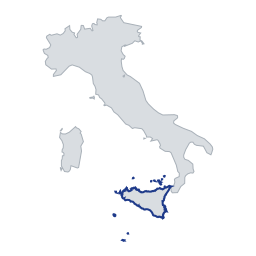 Sicilia, Enna, Italy (highlighted)
{"feature_id": "23120603B91569774900330", "entity_name": "Sicilia", "entity_type": "district", "adm_level": 2, "iso_a3": "ITA", "parent_name": "Italy", "parent_adm1": "Enna", "projection": "albers", "projection_center": [13.963, 37.152], "detail": "fine", "context": "in_parent", "style": "outline", "palette": "blue", "viewbox_px": 256, "rotation_deg": 0, "n_neighbors": 0, "source": "geoboundaries", "source_scale": "gbopen_adm2", "svg_char_len": 8944}
<svg xmlns="http://www.w3.org/2000/svg" viewBox="0 0 256 256"><path d="M49.8,34.3L51.2,35.3L57.0,33.8L60.3,35.1L63.2,33.5L65.2,30.8L65.0,28.7L69.6,25.6L69.9,29.5L72.2,32.2L74.6,33.0L74.0,34.5L76.2,37.8L77.2,37.6L77.6,37.0L77.1,34.3L80.8,29.3L81.1,25.7L81.7,25.3L83.4,25.6L84.6,29.1L90.2,28.3L92.1,30.9L93.0,30.5L91.7,26.0L92.4,23.8L93.9,23.4L94.9,24.5L97.1,24.9L97.2,23.6L96.7,22.7L97.6,18.9L100.8,19.3L102.6,20.8L104.9,20.8L106.9,17.8L108.4,17.1L115.6,17.1L121.0,15.4L121.4,15.8L120.4,17.2L120.7,18.2L123.8,22.7L141.6,26.4L141.4,27.5L137.5,30.3L137.2,31.3L137.8,32.3L140.7,33.0L138.7,35.6L138.7,36.6L140.2,36.8L140.0,40.0L141.9,41.0L144.0,43.8L141.9,44.3L142.7,43.6L140.6,40.8L138.3,42.0L134.8,40.8L132.3,43.3L124.0,46.5L125.5,45.0L124.9,45.0L121.8,46.9L121.1,50.8L123.3,54.7L125.1,56.2L124.3,58.5L123.1,59.4L121.7,58.7L121.2,60.8L121.9,66.5L123.1,70.5L127.2,75.0L130.3,76.5L139.5,83.3L143.0,90.9L145.9,100.5L148.4,104.0L153.6,109.1L158.4,112.8L162.8,115.0L174.4,114.7L177.3,115.5L177.7,117.1L177.2,118.2L173.8,120.9L173.6,123.1L175.3,124.5L183.3,128.3L191.5,131.4L197.2,135.5L204.4,138.8L210.2,144.1L212.3,146.9L212.8,149.2L211.6,153.1L210.9,154.8L206.9,152.7L203.4,146.2L196.4,145.3L194.3,144.2L193.0,142.2L190.8,142.1L189.3,143.2L185.7,149.6L183.7,155.0L183.7,157.2L184.9,159.3L188.3,160.4L192.8,164.1L193.1,168.9L194.0,171.5L192.9,173.1L190.6,172.8L187.7,173.9L185.6,175.7L184.8,177.4L184.7,183.3L180.8,186.5L177.5,192.6L172.3,192.8L171.1,191.0L171.0,188.2L171.8,186.5L173.7,185.7L174.9,182.1L174.4,179.6L175.2,178.4L179.2,176.6L179.3,173.1L177.8,171.5L176.3,165.1L171.1,152.8L169.5,151.6L165.1,151.3L160.0,148.1L159.6,146.7L160.5,145.4L159.9,143.6L158.2,140.5L157.1,139.7L150.8,141.1L152.6,138.6L150.3,137.0L146.4,137.0L146.5,135.9L143.7,130.8L141.8,128.7L134.7,127.7L132.4,128.5L128.9,125.3L125.7,124.0L117.7,114.7L113.9,111.9L111.5,107.9L106.6,105.1L104.4,105.7L103.8,105.1L105.0,104.4L104.8,102.9L101.6,98.8L99.7,97.5L98.5,94.9L95.7,94.2L96.0,89.6L95.0,86.3L93.3,83.5L92.5,76.9L91.8,75.0L89.8,73.5L85.4,71.7L79.4,67.2L72.2,64.9L69.1,66.2L60.8,74.8L53.4,76.4L53.4,74.5L56.4,70.5L56.0,68.9L51.5,69.1L45.8,64.8L45.3,61.4L47.2,58.3L48.2,57.6L47.8,55.4L44.4,53.4L43.2,50.4L43.2,49.5L44.1,49.0L46.2,49.3L49.6,47.6L50.8,44.9L46.4,37.7L46.7,36.2L49.8,34.3ZM124.3,76.8L124.6,75.1L123.0,76.1L123.4,76.9L124.3,76.8ZM170.8,186.4L164.8,195.9L162.8,202.3L163.1,204.7L164.9,206.5L164.0,207.2L166.0,210.2L166.0,211.0L163.2,214.4L163.2,217.4L157.9,217.0L153.6,215.3L151.5,211.9L149.8,210.5L148.0,209.3L144.3,209.4L142.7,208.7L132.9,202.0L129.1,200.1L124.8,199.6L123.0,198.1L121.7,195.2L123.5,190.7L126.4,188.2L128.9,191.1L131.2,190.1L131.3,189.2L132.9,188.1L134.9,188.1L142.5,192.2L146.6,191.1L150.2,191.5L153.6,190.9L157.9,188.5L163.0,188.8L168.8,186.0L170.8,186.4ZM81.2,134.2L83.4,141.7L80.8,146.1L81.5,151.1L78.6,167.5L77.4,168.0L71.0,165.7L70.3,169.5L69.4,171.0L68.0,172.0L64.5,171.5L61.4,165.9L61.4,160.5L62.2,158.9L62.4,155.8L63.8,155.7L64.0,153.6L63.3,152.5L62.0,152.0L62.2,149.7L63.2,147.9L63.4,144.7L61.9,140.6L59.6,137.5L60.4,132.5L62.4,133.9L65.5,134.0L69.3,132.2L75.6,126.6L76.3,127.7L78.8,128.8L81.1,131.5L80.1,133.1L81.2,134.2ZM93.9,96.2L94.4,97.4L94.2,99.0L93.0,98.1L90.0,98.3L89.8,97.5L93.4,96.9L93.9,96.2ZM62.1,168.6L61.1,170.5L60.3,167.9L60.5,167.6L62.1,168.6ZM62.4,128.9L60.9,130.9L60.3,130.8L62.1,128.5L62.4,128.9ZM115.3,215.8L113.6,215.3L113.6,214.4L114.9,214.6L115.3,215.8ZM145.2,138.4L143.8,139.0L143.9,138.0L145.2,138.4Z" fill="#d9dde1" stroke="#a8b0b8" stroke-width="1"/><path d="M165.3,206.5L164.5,205.5L164.4,205.5L164.2,205.7L164.2,205.8L164.2,205.6L163.8,205.6L163.4,205.2L162.9,205.1L162.7,204.2L162.6,201.9L162.8,201.7L162.7,201.5L162.8,201.5L162.8,201.8L162.8,201.5L162.8,201.4L163.1,201.0L163.0,200.9L163.5,200.7L163.6,200.4L164.0,200.0L163.9,198.9L164.3,198.5L164.3,198.0L164.6,197.4L164.4,196.9L164.5,196.5L165.5,195.2L165.4,195.1L165.4,194.9L165.9,194.6L165.8,194.4L165.9,194.1L166.5,193.4L166.6,193.2L168.7,190.2L169.3,188.8L170.0,187.8L169.8,187.8L169.7,187.9L169.9,187.1L170.1,186.8L171.1,186.4L170.5,186.3L169.4,185.8L169.1,185.9L167.7,186.9L165.6,187.7L164.8,187.5L165.0,187.5L164.9,187.3L165.0,186.9L164.8,186.4L164.7,186.4L164.6,186.5L164.8,187.0L164.4,188.1L163.8,188.7L162.6,189.4L162.1,189.2L161.8,188.8L160.7,188.8L160.3,188.3L159.8,188.0L159.4,188.4L157.9,188.8L157.3,188.6L156.3,189.8L155.6,190.3L155.4,190.5L155.3,190.3L154.8,190.7L154.3,190.6L153.9,191.0L153.0,191.2L152.3,191.0L151.5,191.5L151.0,191.5L150.2,191.7L148.4,191.5L148.1,191.3L147.7,191.5L146.8,191.5L146.3,191.1L146.1,191.0L145.6,191.3L145.0,191.2L143.3,192.2L141.9,192.4L141.3,192.3L141.3,192.2L141.2,192.0L141.5,192.1L141.3,192.0L140.4,191.9L139.1,191.1L138.7,190.5L138.8,190.4L138.7,190.2L138.8,190.1L138.6,189.8L138.7,189.6L138.2,189.5L138.1,189.8L137.2,190.0L136.3,189.7L136.0,189.3L136.1,189.2L136.2,189.4L136.3,189.4L136.2,189.3L136.2,189.2L136.2,188.8L136.1,188.3L135.9,188.1L135.5,187.9L135.5,187.7L135.3,187.4L134.8,187.7L134.7,187.9L134.2,187.8L134.2,188.0L133.4,188.5L132.9,188.5L132.9,188.2L132.1,188.1L131.6,188.4L131.7,188.6L131.5,188.9L131.5,189.0L131.2,189.1L131.5,189.4L131.6,190.1L130.0,191.0L128.9,191.3L128.6,191.2L128.4,190.7L128.2,190.8L128.0,190.6L127.5,190.2L127.2,189.6L127.2,189.1L126.9,188.7L126.9,188.2L126.4,188.3L126.3,188.0L126.1,188.3L126.4,189.0L126.0,189.6L125.2,189.5L125.2,189.9L125.0,190.2L124.4,190.4L123.8,190.3L123.0,191.2L122.6,191.3L123.1,191.4L122.8,191.5L122.8,191.8L122.6,192.0L122.6,192.6L122.0,193.5L122.5,194.1L122.1,194.6L122.2,195.0L121.7,195.4L121.8,195.2L121.5,195.5L121.6,195.9L121.6,195.7L122.0,196.1L122.2,196.7L122.1,197.1L122.2,197.3L122.6,198.0L122.9,198.3L123.6,198.3L123.8,198.5L124.0,198.4L123.9,198.6L124.0,198.5L124.3,198.8L124.6,199.5L125.3,200.3L127.0,199.9L128.1,199.9L129.4,200.1L130.1,200.7L130.6,201.6L131.5,201.4L131.6,201.5L132.9,201.7L134.2,203.0L134.5,203.7L134.8,203.7L135.3,204.2L135.7,204.3L136.3,204.8L136.5,204.8L136.9,205.4L137.2,205.6L137.5,205.6L137.7,205.8L138.2,205.7L138.5,206.0L138.4,205.8L138.5,205.7L138.5,205.9L138.5,205.7L138.6,205.9L138.9,205.8L139.2,206.1L139.2,206.3L139.3,206.3L139.5,206.3L139.9,206.8L140.2,206.9L140.5,207.6L141.5,208.0L141.9,208.5L143.1,208.6L143.9,209.4L144.7,209.5L144.8,209.6L144.7,209.5L144.9,209.6L145.0,209.5L144.9,209.7L145.0,209.4L145.4,209.3L146.9,209.2L148.3,209.5L149.4,210.0L149.5,210.1L149.9,210.2L150.0,210.4L149.7,210.7L150.0,210.4L150.4,210.6L151.8,212.2L152.4,213.2L152.4,213.5L152.7,213.9L153.0,215.0L153.5,215.5L154.4,215.7L154.5,215.6L155.6,215.9L156.8,216.8L157.5,216.8L158.0,217.1L158.6,216.8L158.8,217.0L158.7,216.9L158.8,216.9L158.9,216.7L159.8,216.6L160.8,217.3L161.3,217.3L161.5,217.1L161.9,217.2L162.2,217.4L162.3,217.9L162.6,217.9L162.7,218.2L163.2,217.8L163.2,217.6L163.5,217.8L163.7,217.4L163.4,217.1L163.3,216.3L163.1,216.2L162.9,215.6L162.9,215.1L163.1,214.8L163.1,214.5L163.1,214.2L163.6,213.9L163.8,212.9L164.1,212.7L164.3,212.3L164.7,212.1L165.5,211.7L165.4,211.6L165.6,211.5L165.5,211.4L165.6,211.2L166.1,210.9L166.3,211.1L166.6,211.2L166.2,210.4L165.9,210.6L165.7,210.5L165.6,210.2L165.9,210.0L166.0,210.2L166.0,209.9L165.9,209.9L166.1,209.7L166.0,209.1L165.4,209.1L165.5,209.0L165.4,209.1L165.1,209.0L164.8,208.7L164.8,208.4L165.2,208.4L165.0,208.1L164.8,208.3L164.6,208.3L164.5,207.9L164.2,207.4L164.2,207.0L164.4,206.8L164.2,206.6L164.4,206.7L164.6,206.4L164.8,206.6L164.7,206.9L164.8,207.0L164.8,206.6L165.3,206.7L165.3,206.5ZM113.8,214.2L113.5,214.3L113.4,214.6L113.4,214.9L113.8,215.3L113.9,215.6L114.1,215.6L114.2,216.0L114.6,216.2L115.0,216.2L115.3,215.9L115.4,215.4L115.4,215.0L114.8,214.5L114.6,214.6L113.8,214.2ZM160.5,181.6L159.7,181.7L159.5,182.3L159.7,182.7L160.1,182.8L160.2,183.1L160.4,183.2L160.5,182.9L160.4,182.5L160.8,182.3L160.5,182.2L160.5,181.6ZM159.0,180.4L158.1,180.4L157.9,180.8L158.8,181.3L159.1,181.3L159.0,181.0L159.1,180.8L159.0,180.4ZM160.5,183.3L160.4,183.6L160.2,183.6L160.3,183.7L160.1,183.9L160.3,184.3L160.7,184.6L161.1,184.5L161.2,184.4L161.0,184.0L160.8,183.8L160.5,183.7L160.5,183.3ZM119.8,192.5L119.2,192.9L119.4,193.3L120.2,193.2L120.4,193.5L120.6,193.5L120.6,193.1L120.3,192.9L120.0,193.0L119.8,192.5ZM122.5,239.9L122.3,240.1L123.1,240.3L123.5,240.6L123.6,240.4L123.6,240.6L124.1,240.6L123.9,240.4L124.1,240.2L122.5,239.9ZM164.4,175.9L163.9,176.2L164.0,176.5L164.3,176.7L164.5,176.6L164.7,176.0L164.4,175.9ZM116.0,191.7L115.5,191.7L115.7,192.1L115.7,192.4L116.4,192.6L116.0,192.0L116.0,191.7ZM154.2,180.4L154.0,180.5L154.3,180.9L154.8,181.0L154.6,180.8L154.6,180.5L154.2,180.4ZM133.3,177.7L133.0,177.9L132.9,178.3L133.2,178.3L133.6,178.0L133.3,177.7ZM122.0,193.5L121.6,193.8L121.8,194.7L122.0,194.2L121.8,193.8L122.0,193.5ZM120.2,191.2L120.0,191.5L120.1,191.9L120.4,191.9L120.2,191.2ZM128.0,233.2L127.8,233.2L127.6,233.4L127.7,233.6L128.1,233.6L128.0,233.2ZM151.3,181.0L151.0,181.1L151.0,181.4L151.3,181.4L151.4,181.1L151.3,181.0ZM162.2,179.2L161.9,179.2L161.9,179.5L162.2,179.4L162.2,179.2Z" fill="none" stroke="#1e3a8a" stroke-width="2"/></svg>